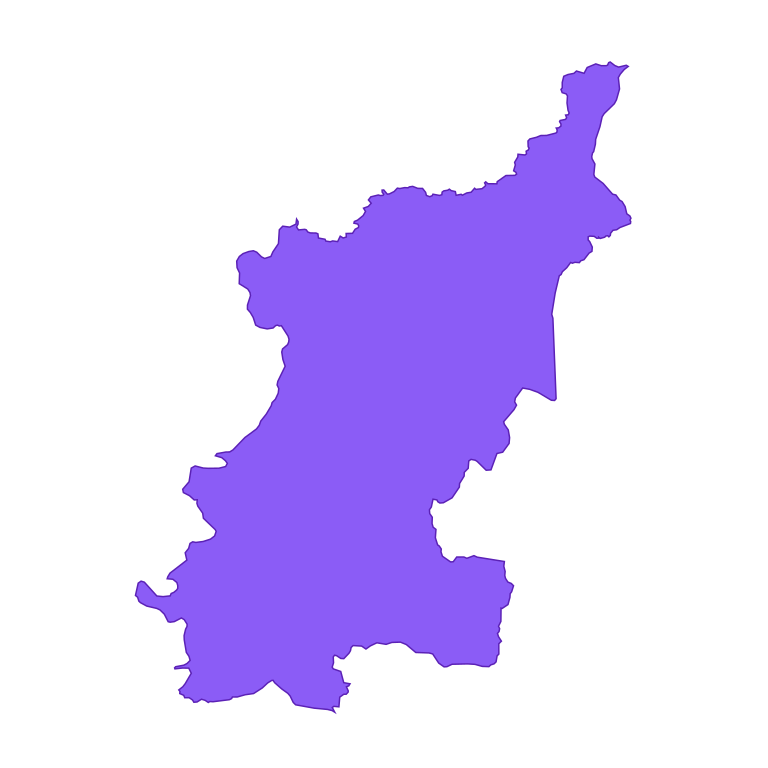 the district of Salemata, Kédougou, Senegal, rotated 272°
{"feature_id": "50182788B75788529380727", "entity_name": "Salemata", "entity_type": "district", "adm_level": 2, "iso_a3": "SEN", "parent_name": "Senegal", "parent_adm1": "Kédougou", "projection": "robinson", "projection_center": [-12.812, 12.604], "detail": "fine", "context": "isolated", "style": "filled", "palette": "violet", "viewbox_px": 768, "rotation_deg": 272, "n_neighbors": 0, "source": "geoboundaries", "source_scale": "gbopen_adm2", "svg_char_len": 6111}
<svg xmlns="http://www.w3.org/2000/svg" viewBox="0 0 768 768"><g transform="rotate(272 384 384)"><path d="M71.1,189.6L69.6,190.8L67.5,190.7L65.9,194.7L63.5,195.8L63.7,200.2L61.5,203.7L59.3,205.1L59.7,208.3L62.6,212.6L61.6,216.3L59.6,219.5L60.6,221.0L60.5,224.2L63.1,240.5L64.3,242.7L65.9,243.4L66.1,248.3L68.6,256.1L70.1,264.5L76.0,273.0L81.2,278.2L83.8,282.1L84.0,283.5L81.7,285.1L75.7,292.4L71.5,298.7L68.9,301.1L62.6,304.4L60.3,306.9L57.6,325.5L56.8,338.9L55.8,343.6L54.3,346.2L58.9,343.6L60.1,345.1L59.8,350.2L69.5,350.7L72.5,354.6L72.7,357.1L74.8,358.9L76.0,359.0L80.1,357.0L81.1,359.3L83.2,360.5L84.1,354.2L95.2,350.8L97.5,343.3L99.2,342.1L103.6,343.3L109.4,342.8L111.2,344.0L110.9,346.0L108.2,350.4L108.1,353.4L113.7,358.4L116.3,359.8L119.5,360.3L121.5,362.2L121.3,370.8L118.5,375.2L121.8,379.5L125.1,385.9L123.9,395.2L126.0,400.9L126.6,409.4L124.4,415.4L116.8,425.1L116.8,438.4L115.9,442.1L107.0,448.4L103.4,453.9L103.7,456.8L106.3,461.8L107.2,477.4L107.0,484.7L105.2,492.1L105.2,498.7L107.0,500.5L108.2,503.8L110.2,505.7L116.2,506.5L118.1,508.2L128.4,507.8L131.1,510.3L135.4,507.3L138.7,506.1L140.6,507.6L143.5,508.1L145.9,506.9L150.8,509.1L164.1,508.8L163.8,509.9L167.9,515.6L175.1,517.3L178.8,517.4L180.8,518.8L186.9,520.5L189.1,518.2L190.4,514.7L194.0,512.2L196.8,511.4L200.9,511.6L206.0,510.1L210.8,510.5L214.2,483.2L215.6,479.9L212.7,472.9L213.9,469.9L213.6,462.7L208.8,459.4L208.5,456.8L209.7,454.9L213.9,448.4L218.3,446.8L221.1,447.0L224.0,444.9L225.1,443.2L232.1,440.7L240.5,441.0L242.6,438.1L246.2,436.9L252.5,436.9L256.1,434.2L259.9,433.8L262.7,435.6L270.6,437.0L270.0,440.9L268.2,441.9L267.0,444.0L267.4,447.5L272.6,456.0L283.6,462.9L287.2,463.0L294.8,467.3L298.5,467.3L302.7,471.1L310.0,471.4L311.7,473.6L311.0,477.9L309.9,479.8L301.4,489.1L301.9,493.9L318.5,499.3L320.0,505.0L329.0,511.1L334.8,511.4L342.4,509.8L347.9,505.7L350.5,504.9L362.9,514.8L367.5,517.2L370.7,515.2L374.6,515.8L384.8,522.7L383.8,529.6L381.1,538.1L373.6,551.8L373.5,555.1L375.3,556.5L455.6,550.5L459.5,549.2L480.9,551.9L498.3,555.4L499.6,557.2L502.4,558.3L506.6,562.6L512.0,566.3L511.3,568.0L512.3,570.6L512.1,575.0L514.0,576.3L515.2,579.5L522.0,584.4L523.8,587.2L528.1,587.4L533.5,584.6L535.1,583.0L538.2,582.9L539.0,584.4L538.9,588.9L537.1,591.6L537.3,593.6L538.1,593.5L537.0,595.0L538.4,599.4L539.7,600.7L540.0,602.4L538.9,603.6L540.4,605.0L542.6,605.2L545.6,607.5L546.3,611.2L548.6,614.3L553.0,624.7L555.0,624.9L556.4,624.1L558.3,625.0L560.5,623.9L562.6,620.7L569.7,618.8L574.6,615.6L576.0,613.1L581.0,609.2L581.7,605.8L592.1,596.0L598.2,587.4L600.8,586.4L611.2,587.1L616.5,584.0L618.8,583.7L622.3,584.4L623.5,585.4L631.0,586.9L635.9,587.0L648.6,590.8L658.7,592.7L661.9,594.6L672.1,604.4L676.1,606.4L687.1,609.1L698.4,607.5L701.9,609.3L706.7,613.1L709.9,617.0L711.0,615.0L708.9,607.4L710.3,603.6L713.7,598.8L713.0,597.3L710.5,596.3L709.9,595.1L709.7,590.0L711.3,584.5L707.4,576.0L701.5,573.1L703.5,565.4L701.1,563.0L699.7,557.0L697.8,552.9L691.6,551.6L686.2,551.8L684.6,550.6L681.4,551.9L680.3,555.9L678.4,557.3L671.2,557.1L663.8,558.4L661.3,559.6L659.5,558.7L659.1,556.1L656.5,557.2L654.8,556.2L653.5,550.8L652.3,550.3L650.0,551.8L647.9,551.8L646.1,549.6L645.8,547.2L643.9,548.2L641.7,548.0L640.8,547.0L638.1,537.9L637.8,532.0L635.9,527.8L634.0,521.2L631.9,519.4L626.1,519.8L624.8,520.8L622.9,520.0L621.6,517.9L619.0,518.4L617.8,516.9L618.3,509.9L615.6,509.8L610.1,506.8L607.5,507.6L601.6,506.1L600.2,508.4L598.4,509.2L597.1,507.6L596.6,498.6L590.2,490.1L588.0,489.8L587.8,480.8L589.6,478.6L588.5,477.5L586.4,478.7L585.1,478.0L582.6,475.1L581.7,469.0L582.8,467.7L578.7,464.4L577.8,460.0L575.4,455.7L576.3,454.5L575.1,449.5L578.8,448.6L579.6,444.4L581.0,442.5L579.9,440.9L579.1,437.0L577.8,435.4L575.2,435.2L574.4,432.9L575.4,426.3L573.9,425.6L572.8,423.2L573.9,419.8L577.0,418.9L580.8,415.7L580.7,410.9L582.5,405.8L581.9,402.5L580.9,401.1L581.0,397.9L579.9,393.0L580.2,390.5L576.7,387.4L574.2,382.8L573.8,380.7L577.9,377.0L577.7,375.3L575.6,375.5L573.7,377.1L572.5,376.4L572.2,373.8L572.7,371.7L570.6,364.3L567.4,362.0L564.2,364.9L560.9,362.1L559.0,357.4L555.8,359.5L551.6,357.3L546.8,351.8L545.4,348.7L543.7,348.3L542.9,352.2L541.2,353.2L539.5,353.0L537.7,349.8L533.5,347.3L533.1,340.9L529.6,341.2L528.5,338.1L530.2,335.1L524.7,332.7L525.2,327.7L524.3,325.4L524.8,320.9L526.6,320.0L527.6,313.4L531.8,312.7L532.5,310.8L532.4,305.2L533.2,302.6L535.4,300.9L535.8,299.4L535.0,293.2L537.9,291.1L540.8,292.5L543.3,292.5L545.7,290.9L540.7,290.4L537.5,284.3L538.2,277.3L534.5,274.0L520.6,273.6L512.1,268.3L507.5,266.5L505.3,260.4L506.8,257.1L511.3,252.2L512.6,248.8L511.7,244.3L509.4,238.6L506.4,235.0L501.7,232.5L495.1,233.1L489.9,235.8L479.2,235.8L474.2,244.5L470.7,246.9L467.6,247.5L458.1,244.8L454.0,244.9L450.8,247.9L445.9,251.0L438.4,253.7L436.2,258.1L435.0,265.3L436.1,271.2L438.6,273.7L439.1,275.5L438.3,277.3L438.7,279.4L428.6,286.4L425.4,287.5L422.7,287.3L420.0,286.3L415.5,281.4L412.4,280.7L405.0,282.1L398.3,284.6L383.0,277.8L379.3,277.2L375.8,279.0L371.1,278.6L365.0,276.0L361.5,272.8L358.4,272.1L349.8,267.4L342.6,262.1L338.4,260.8L334.6,258.1L325.7,246.9L312.8,235.3L310.7,232.1L310.5,228.4L308.6,219.5L306.4,218.0L304.7,224.5L301.8,228.2L299.2,230.2L296.0,228.6L294.1,222.0L293.6,211.4L293.7,206.3L295.5,198.1L293.2,194.3L279.5,192.6L271.8,186.5L268.5,187.3L265.6,193.5L261.5,198.4L261.8,201.4L258.2,201.2L255.4,202.2L248.6,207.3L243.5,208.2L232.6,220.4L230.8,221.4L226.2,220.0L222.9,216.0L220.3,208.8L219.1,201.5L219.6,198.3L217.9,195.7L212.9,194.5L208.4,191.2L201.1,193.1L187.5,176.7L183.9,174.7L181.8,174.1L181.5,179.8L178.4,183.9L175.4,184.9L172.5,185.0L170.8,183.9L168.4,181.2L167.2,178.6L164.8,177.7L163.8,170.6L164.2,164.4L177.6,151.4L178.5,148.1L176.4,145.3L164.0,143.0L162.3,145.2L158.4,146.6L157.0,148.2L153.8,154.6L151.8,164.7L150.4,168.0L146.3,172.5L138.9,176.6L138.5,178.6L139.2,182.7L143.1,189.7L141.5,192.6L137.1,195.6L134.8,195.6L132.1,194.3L125.6,193.0L121.3,193.3L108.9,195.8L105.0,198.6L101.0,199.9L97.8,196.9L96.0,193.7L94.2,185.7L93.0,184.6L92.0,185.0L93.1,192.5L93.2,198.8L88.2,201.5L77.6,195.8L74.4,193.5L71.1,189.6Z" fill="#8b5cf6" stroke="#5b21b6" stroke-width="1.5"/></g></svg>